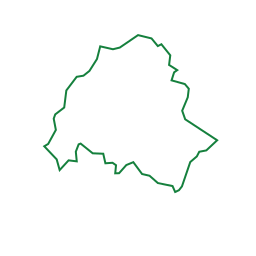 map outline of Ballymoney (orthographic projection), rotated 50°
{"feature_id": "GBR-2101", "entity_name": "Ballymoney", "entity_type": "District", "adm_level": 1, "iso_a3": "GBR", "parent_name": "United Kingdom", "parent_adm1": "", "projection": "orthographic", "projection_center": [-6.415, 55.03], "detail": "fine", "context": "isolated", "style": "outline", "palette": "green", "viewbox_px": 256, "rotation_deg": 50, "n_neighbors": 0, "source": "natural_earth", "source_scale": "10m", "svg_char_len": 808}
<svg xmlns="http://www.w3.org/2000/svg" viewBox="0 0 256 256"><g transform="rotate(50 128 128)"><path d="M88.2,203.9L88.9,199.4L83.1,184.5L73.1,178.9L70.8,175.0L71.3,163.7L59.6,151.1L55.8,134.4L59.3,128.5L59.5,120.9L55.2,107.4L47.6,96.8L58.0,88.9L61.1,82.6L63.3,60.6L74.5,52.4L84.4,52.5L85.3,48.6L99.5,48.9L106.1,56.0L115.3,53.1L115.0,56.9L119.5,64.0L130.9,56.2L137.0,56.2L142.9,62.5L149.6,75.4L158.1,78.6L194.7,67.6L195.5,82.4L192.0,88.7L194.0,93.5L194.1,102.2L207.4,124.2L208.4,129.0L207.3,133.0L201.1,131.2L189.4,140.5L178.4,142.2L172.3,146.8L157.6,145.9L155.3,153.1L156.9,163.9L154.5,166.9L148.8,161.1L144.7,162.2L140.5,168.0L131.8,163.5L124.7,171.3L109.5,174.3L108.8,176.3L112.6,183.2L120.6,188.7L114.6,194.3L116.3,207.4L106.2,202.8L88.2,203.9Z" fill="none" stroke="#15803d" stroke-width="2"/></g></svg>